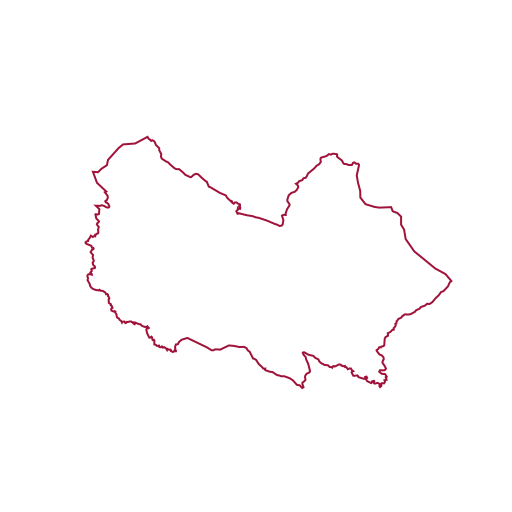 the district of Kandreho, Betsiboka, Madagascar, rotated 129°
{"feature_id": "10022922B38821373259374", "entity_name": "Kandreho", "entity_type": "district", "adm_level": 2, "iso_a3": "MDG", "parent_name": "Madagascar", "parent_adm1": "Betsiboka", "projection": "natural_earth1", "projection_center": [46.108, -17.43], "detail": "fine", "context": "isolated", "style": "outline", "palette": "rose", "viewbox_px": 512, "rotation_deg": 129, "n_neighbors": 0, "source": "geoboundaries", "source_scale": "gbopen_adm2", "svg_char_len": 6091}
<svg xmlns="http://www.w3.org/2000/svg" viewBox="0 0 512 512"><g transform="rotate(129 256 256)"><path d="M384.2,364.2L384.2,362.0L383.0,358.4L382.0,357.5L381.6,356.3L380.7,356.2L380.8,355.1L379.5,352.9L379.2,350.1L380.1,348.4L379.1,347.5L379.3,346.4L380.3,345.8L380.7,344.0L381.6,343.1L382.4,343.3L385.1,340.8L384.8,338.3L385.7,337.9L385.7,336.2L386.3,335.8L386.6,334.9L388.2,335.3L389.4,334.1L388.8,331.8L387.8,331.2L387.7,330.3L388.4,330.1L389.2,327.7L391.0,325.7L391.2,325.0L390.8,323.4L391.4,322.0L391.4,319.6L392.1,318.2L391.1,318.3L389.9,317.3L389.8,316.3L390.3,315.7L390.1,315.0L388.3,314.8L388.1,314.1L386.4,313.0L385.5,311.8L385.6,311.0L384.9,310.0L385.6,309.1L385.4,307.4L385.0,307.5L384.5,308.4L383.8,308.3L382.8,304.6L381.7,302.5L382.1,301.0L381.2,298.0L380.7,297.5L380.4,296.3L379.0,296.2L379.4,294.0L380.0,294.1L380.3,295.2L382.2,295.0L384.6,291.9L386.6,287.6L386.1,286.9L384.5,286.5L384.6,285.7L386.3,283.7L386.3,283.2L385.4,282.6L385.6,281.8L388.7,279.4L388.1,278.1L388.2,276.3L386.7,275.0L387.5,274.1L387.5,273.6L386.8,272.5L385.5,272.3L385.8,270.6L384.6,270.1L384.4,267.8L385.1,265.9L383.9,266.2L383.6,264.7L382.7,263.8L382.7,262.8L383.4,262.4L382.9,260.1L381.8,260.0L380.5,258.3L380.0,258.5L379.7,260.1L378.9,260.2L377.8,261.6L375.2,262.6L373.8,261.2L371.1,261.7L367.9,261.1L362.9,257.8L357.9,236.7L357.2,231.2L356.0,229.7L354.5,229.2L352.1,226.3L351.5,225.0L342.6,220.8L339.7,216.5L337.2,211.6L334.2,208.2L333.6,205.5L334.5,202.9L334.4,200.6L337.5,193.8L336.9,192.3L336.7,190.4L338.2,186.1L338.5,181.1L338.9,179.7L338.6,178.9L337.7,178.0L338.7,177.5L338.8,176.8L337.3,172.5L335.8,170.2L335.3,164.5L334.4,163.2L333.6,160.7L331.6,158.2L329.8,152.9L329.4,149.0L330.4,143.1L329.0,140.7L329.5,137.0L328.1,136.5L326.2,139.5L325.3,140.2L321.9,139.5L321.0,139.7L319.2,141.8L317.9,142.4L315.8,142.6L312.7,141.2L311.4,141.6L306.8,147.8L304.9,151.8L303.2,154.0L302.9,156.5L301.9,158.7L301.5,158.8L300.5,158.0L299.7,153.1L297.5,148.5L297.9,145.8L297.1,142.5L298.2,140.0L298.2,137.2L297.7,135.9L297.7,134.5L295.6,131.2L295.9,128.9L294.9,127.5L294.8,126.4L293.1,126.7L292.5,126.2L292.3,125.2L287.8,123.1L287.1,121.6L287.5,120.6L286.9,119.9L286.9,119.0L285.5,117.8L286.3,116.8L285.5,115.8L286.2,113.4L284.6,112.6L283.7,111.5L284.4,109.6L284.3,108.0L285.6,108.6L286.3,108.5L287.8,105.1L287.2,104.1L285.0,102.1L285.0,101.4L285.6,100.5L285.5,99.7L283.4,94.5L282.7,94.1L281.3,95.1L280.2,94.2L280.8,92.9L282.4,93.2L283.3,91.1L282.3,86.5L281.7,86.3L280.3,86.9L278.7,85.7L278.8,85.3L280.2,84.9L280.6,84.0L280.4,83.3L278.1,81.7L277.7,79.8L278.0,79.1L279.5,78.1L279.8,77.1L278.1,76.8L276.3,78.4L275.5,78.0L274.4,76.3L272.5,76.6L271.7,78.0L270.0,76.6L268.6,78.9L267.6,78.4L266.5,81.3L268.4,84.1L268.4,87.4L266.8,87.8L264.2,84.4L262.6,83.9L261.7,84.2L260.3,87.3L259.4,90.5L258.3,91.3L255.8,91.8L254.5,93.2L254.1,95.6L254.8,98.0L253.9,102.1L253.4,103.0L251.1,102.5L249.3,102.8L248.4,101.4L247.5,101.6L245.8,100.2L244.6,100.2L239.3,103.9L237.4,104.3L234.8,103.2L233.1,105.0L230.6,103.8L227.5,103.5L226.6,102.6L225.5,103.6L223.1,103.5L221.6,104.0L221.0,105.0L219.8,104.6L218.2,105.7L217.1,105.5L215.6,105.8L212.3,104.3L210.3,104.5L209.5,103.9L208.5,104.0L207.2,103.1L206.6,101.9L204.5,99.7L203.4,99.0L199.0,97.3L197.5,97.5L194.0,95.7L192.0,95.8L188.3,93.5L185.3,92.9L184.7,91.6L183.8,90.8L180.8,89.9L176.0,89.9L171.6,89.3L167.7,89.5L165.3,88.2L158.8,87.7L154.7,88.8L152.5,88.4L150.8,97.4L152.9,108.7L152.8,136.0L148.6,150.4L142.3,157.5L140.3,163.0L134.1,168.0L133.6,173.2L135.2,177.9L133.0,181.7L140.8,190.6L143.2,194.6L146.8,203.5L144.9,211.7L139.9,215.9L134.8,222.9L130.0,228.4L120.4,233.2L119.9,234.5L121.4,236.4L121.3,238.4L122.7,239.3L124.6,238.7L125.5,239.3L127.0,241.4L127.9,244.0L128.9,245.3L129.0,246.2L127.7,249.6L127.9,254.6L127.6,255.8L126.0,256.8L126.2,257.6L127.8,260.2L128.6,261.0L130.1,261.6L131.0,263.5L134.0,264.1L138.5,267.3L139.8,267.2L142.2,264.8L145.0,264.7L147.7,265.7L151.6,265.9L159.2,267.5L161.6,266.8L164.0,266.6L165.6,268.0L167.9,267.8L170.8,269.6L172.8,269.5L174.7,270.4L174.8,268.1L175.2,267.2L176.2,266.4L178.9,265.9L181.7,266.3L184.7,268.2L188.2,268.8L192.5,267.1L193.7,266.0L194.6,262.6L195.6,261.8L200.2,261.3L203.9,259.9L205.4,258.7L206.5,260.4L208.3,261.2L210.9,257.3L214.8,255.1L216.3,255.2L217.9,256.7L218.3,259.3L219.0,260.7L221.6,269.8L224.6,277.9L226.0,280.3L227.3,284.0L230.0,288.6L233.9,296.9L234.3,296.5L234.8,296.9L233.6,299.5L231.0,299.2L230.6,300.0L230.1,300.3L229.4,298.1L228.6,298.4L227.4,299.8L227.8,300.5L226.3,300.6L226.0,300.9L226.7,303.1L226.6,304.8L227.8,306.2L229.4,306.2L229.5,308.2L228.7,309.0L228.6,309.5L229.3,309.6L228.9,315.2L227.9,317.5L229.7,323.9L231.3,334.9L231.8,336.3L229.2,341.1L229.5,341.8L229.4,346.9L228.9,352.4L230.0,354.5L232.2,355.5L235.4,356.0L236.0,356.5L237.4,362.0L237.0,365.0L236.9,370.5L238.1,371.8L238.8,373.1L239.1,375.0L238.9,380.5L238.5,382.9L239.2,385.9L239.6,390.5L238.6,392.4L236.4,393.8L234.7,397.8L233.1,399.1L232.7,403.7L231.2,406.2L230.9,407.6L231.3,409.5L232.5,409.9L232.6,410.3L232.2,411.5L232.5,413.2L231.7,415.3L244.6,420.7L252.9,429.5L258.4,430.7L274.5,431.5L279.2,429.0L285.5,431.0L290.3,431.5L293.2,435.7L299.2,425.6L300.1,412.9L301.6,413.6L302.5,409.4L304.0,407.8L306.5,407.1L307.9,407.7L308.5,407.4L308.8,406.3L308.4,405.2L308.5,403.4L310.0,401.0L310.8,401.0L311.6,401.5L312.4,403.3L312.6,405.4L313.6,407.8L315.1,408.7L317.7,412.1L318.1,407.3L322.1,404.5L323.4,405.1L324.3,406.8L324.7,407.0L327.3,403.8L327.9,399.8L329.1,399.6L330.5,400.0L331.7,399.5L332.3,396.5L335.0,395.3L336.9,393.3L337.9,393.0L338.9,393.8L340.1,393.8L340.6,394.4L341.9,393.4L342.5,394.4L343.9,394.7L344.1,397.1L346.4,396.6L348.8,396.6L350.0,395.9L351.6,397.0L352.6,397.1L353.2,396.5L353.2,395.2L351.7,390.4L352.7,388.8L352.1,387.6L352.5,386.8L353.2,386.7L354.5,387.4L357.1,386.9L357.8,383.2L360.2,381.9L361.7,379.1L362.3,378.8L364.0,378.8L365.5,376.6L365.5,374.7L366.4,373.7L367.0,373.7L368.8,375.3L369.9,375.7L371.0,374.2L373.0,374.4L373.4,372.2L373.9,371.8L374.3,373.1L375.5,374.6L376.6,374.9L377.9,374.3L378.9,372.6L380.8,371.7L382.3,367.8L383.6,366.2L384.2,364.2Z" fill="none" stroke="#9f1239" stroke-width="2"/></g></svg>